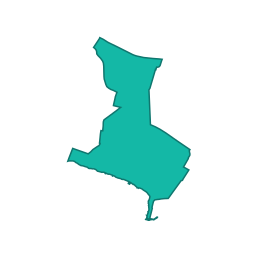 Bab Sharqi, Al Iskandariyah, Egypt, rotated 234°
{"feature_id": "37247803B50327552497363", "entity_name": "Bab Sharqi", "entity_type": "district", "adm_level": 2, "iso_a3": "EGY", "parent_name": "Egypt", "parent_adm1": "Al Iskandariyah", "projection": "albers", "projection_center": [29.912, 31.205], "detail": "fine", "context": "isolated", "style": "filled", "palette": "teal", "viewbox_px": 256, "rotation_deg": 234, "n_neighbors": 0, "source": "geoboundaries", "source_scale": "gbopen_adm2", "svg_char_len": 4736}
<svg xmlns="http://www.w3.org/2000/svg" viewBox="0 0 256 256"><g transform="rotate(234 128 128)"><path d="M74.1,165.4L88.3,160.3L93.5,158.5L101.7,155.7L108.2,153.1L112.7,150.9L117.5,148.1L146.6,167.4L147.2,169.0L159.2,184.6L158.8,184.8L160.4,186.9L159.7,187.8L159.5,188.5L159.3,189.2L159.4,189.8L159.6,190.5L159.9,191.0L162.5,194.5L163.5,196.0L165.2,194.2L169.6,189.0L175.8,182.1L176.6,181.4L180.5,177.9L181.7,176.9L183.1,175.9L184.5,175.0L188.0,173.2L199.6,167.2L208.4,162.5L209.9,161.8L214.3,160.1L217.7,158.3L217.1,157.4L213.4,147.5L212.1,147.9L210.1,148.1L208.2,147.5L206.3,146.3L204.2,146.3L200.7,146.8L197.2,146.8L195.1,146.3L192.1,144.6L183.7,138.8L181.5,137.5L176.3,135.7L173.9,135.2L171.6,135.8L169.2,136.8L167.0,138.3L163.4,140.1L162.7,139.0L160.7,136.1L159.3,134.6L155.2,129.9L154.7,129.4L149.0,134.2L148.8,127.0L148.7,113.4L147.8,112.0L146.7,111.0L144.2,109.1L140.6,105.9L141.8,104.6L139.5,102.3L134.3,97.7L132.5,96.0L132.0,96.4L131.4,95.7L130.8,94.1L131.0,92.7L131.2,86.9L130.6,83.8L130.5,80.6L142.5,72.3L144.0,71.3L138.8,63.2L136.5,59.8L136.3,60.4L136.0,60.9L135.8,61.3L135.6,61.6L134.9,62.5L134.5,63.0L133.8,64.0L133.4,64.4L132.8,64.8L132.1,65.2L131.6,65.3L130.7,65.5L129.9,66.0L128.8,66.4L127.2,66.9L126.0,67.5L125.4,67.9L125.1,67.9L124.8,68.3L124.6,68.6L124.2,69.0L123.9,69.2L123.8,69.4L122.1,70.5L120.8,71.6L120.5,71.8L120.0,72.1L119.5,72.2L119.2,72.3L118.7,72.4L118.5,72.5L118.2,72.7L117.9,73.0L116.9,74.4L116.3,74.8L115.9,75.2L115.7,75.4L115.5,75.8L115.1,76.3L114.8,76.6L113.1,77.6L111.1,77.9L109.4,79.3L107.4,80.9L107.2,81.4L107.0,81.7L106.7,82.1L106.1,82.7L105.2,83.2L104.8,82.8L104.5,82.8L104.2,83.0L104.0,83.5L104.1,83.8L103.6,84.1L102.9,84.5L102.4,84.7L102.1,85.0L101.9,85.6L100.5,86.6L99.7,87.1L99.1,87.6L98.7,87.6L98.4,87.4L98.3,87.2L98.2,87.2L98.1,87.3L98.1,87.5L98.3,87.9L98.3,88.0L98.2,88.1L97.3,88.6L96.9,88.9L96.5,89.1L96.3,89.0L96.1,89.0L95.5,89.2L94.8,89.6L94.5,89.9L93.7,90.3L93.4,90.5L93.0,90.9L92.5,91.3L92.2,91.6L91.8,91.9L91.4,92.3L90.9,92.5L90.5,92.6L90.2,92.8L89.8,93.2L89.4,93.6L89.3,93.8L89.2,94.0L88.8,94.4L88.5,94.6L86.9,95.5L86.0,96.1L85.1,96.6L84.5,97.0L84.0,97.2L83.7,97.4L83.1,97.6L82.9,97.2L83.3,97.0L83.2,95.8L83.1,95.7L82.9,95.6L82.7,95.7L82.5,95.8L82.5,96.2L81.9,96.2L81.9,96.5L81.7,96.5L81.9,97.4L82.7,97.1L82.9,97.7L82.7,97.9L82.1,98.1L81.7,98.2L81.4,98.4L80.7,98.6L80.0,98.7L79.6,99.0L79.4,99.2L79.3,99.3L79.1,99.2L79.0,99.4L78.4,99.7L77.4,99.9L76.8,99.9L75.9,100.2L74.9,100.3L74.6,100.3L74.3,100.2L74.2,100.5L73.9,100.9L73.7,100.9L73.2,100.9L73.2,101.0L73.1,101.5L72.8,101.9L72.4,102.3L71.5,102.9L70.4,103.5L69.8,103.7L69.2,103.8L67.9,104.3L67.7,104.4L66.9,104.7L66.5,104.8L66.2,105.0L64.8,105.4L64.4,105.4L64.0,105.5L63.2,105.4L62.0,105.5L61.0,105.6L60.3,105.5L59.9,105.6L59.4,105.2L59.0,104.8L58.0,103.6L57.9,103.5L57.8,103.3L57.5,102.8L57.3,102.3L57.1,102.1L57.1,101.8L56.8,101.6L56.7,101.4L56.4,101.0L56.0,100.8L55.8,100.7L55.3,100.5L55.1,100.2L54.9,100.0L54.7,100.0L54.4,100.0L53.8,99.7L53.2,99.3L53.2,98.4L53.0,98.9L52.9,98.9L52.0,98.5L51.8,98.3L51.6,98.2L51.2,97.9L50.4,97.5L49.7,97.0L49.3,96.6L49.1,96.4L48.7,95.8L48.6,95.4L48.5,95.0L48.5,94.8L48.3,94.7L48.1,94.8L47.9,94.8L47.8,94.7L47.2,94.0L47.1,93.8L47.2,93.7L47.0,93.4L46.9,93.3L46.7,93.1L46.7,92.9L46.4,92.5L46.2,92.4L46.1,92.2L45.9,92.0L45.9,91.9L46.0,91.8L45.9,91.8L45.6,91.8L45.4,91.7L45.3,91.3L45.2,91.2L44.7,90.8L44.5,90.6L44.1,90.1L43.9,90.2L43.9,90.3L44.1,90.4L44.1,90.7L43.9,90.6L43.5,90.6L42.9,90.7L42.7,90.7L42.6,90.8L42.4,90.9L42.4,91.1L42.2,91.3L42.0,91.5L42.0,92.1L40.7,93.2L40.6,93.3L40.4,93.2L40.7,92.7L40.8,92.4L40.9,92.2L41.0,92.1L41.0,91.8L41.1,91.3L41.2,91.0L41.4,90.5L41.5,90.5L41.6,90.4L41.8,90.3L42.0,90.3L42.1,90.0L42.3,89.9L42.7,89.7L42.8,89.7L43.0,89.6L43.0,89.4L43.3,89.3L43.5,89.2L43.5,89.4L43.5,89.5L43.7,89.9L43.7,90.0L43.8,90.1L43.8,89.7L43.6,89.3L43.6,89.2L43.7,88.9L43.8,88.6L43.7,88.5L43.4,88.7L43.3,88.9L43.2,88.9L43.0,89.1L42.9,89.3L42.3,89.6L41.7,90.1L41.4,90.2L41.2,90.5L41.0,90.8L40.7,91.4L40.7,91.5L40.8,91.6L40.7,91.8L40.6,92.2L40.3,92.8L40.1,93.0L40.1,93.3L39.8,93.8L39.1,94.4L38.9,94.6L38.7,94.7L38.5,95.2L38.5,96.3L38.6,96.7L38.4,97.1L38.4,97.6L38.3,98.1L38.4,98.3L38.3,98.5L38.3,98.8L38.4,99.0L38.4,99.3L38.5,99.4L38.9,99.2L38.8,97.8L38.9,97.6L38.8,97.4L38.9,96.1L38.9,95.2L40.8,93.4L41.9,92.4L42.0,92.3L42.4,93.0L43.0,93.5L43.9,94.6L46.3,97.5L48.8,100.5L49.0,100.6L49.6,100.7L49.7,100.8L52.6,104.2L53.4,105.2L53.7,105.6L54.1,107.2L54.1,107.4L52.9,109.8L52.1,111.1L51.1,113.2L49.4,116.1L47.4,119.1L48.0,121.1L49.6,125.9L54.2,140.1L54.0,140.4L53.8,140.8L53.7,141.2L53.8,141.6L54.3,142.5L54.6,143.2L58.3,152.6L63.8,150.0L67.8,158.8L68.5,159.4L69.3,161.4L69.7,162.1L70.7,162.9L71.9,163.4L73.6,164.2L74.1,165.4Z" fill="#14b8a6" stroke="#0f766e" stroke-width="1.5"/></g></svg>